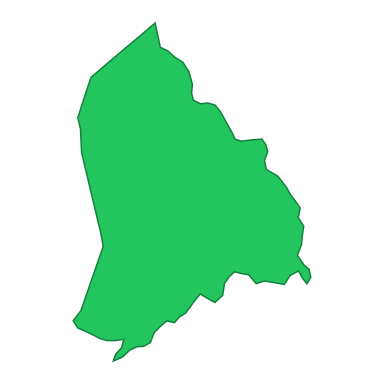 outline of Malhador, Sergipe, Brazil
{"feature_id": "56859067B70433157537378", "entity_name": "Malhador", "entity_type": "district", "adm_level": 2, "iso_a3": "BRA", "parent_name": "Brazil", "parent_adm1": "Sergipe", "projection": "robinson", "projection_center": [-37.277, -10.67], "detail": "fine", "context": "isolated", "style": "filled", "palette": "green", "viewbox_px": 384, "rotation_deg": 0, "n_neighbors": 0, "source": "geoboundaries", "source_scale": "gbopen_adm2", "svg_char_len": 1165}
<svg xmlns="http://www.w3.org/2000/svg" viewBox="0 0 384 384"><path d="M185.7,313.0L195.4,299.8L200.2,294.0L208.2,298.8L214.9,302.5L222.7,295.4L224.5,283.4L229.2,276.8L234.5,271.8L241.6,273.6L248.7,274.8L256.2,283.7L264.3,281.0L274.1,282.6L284.3,284.4L290.0,275.6L298.5,270.9L302.4,278.0L306.9,283.8L310.8,277.2L309.1,269.4L303.9,264.8L297.4,255.4L301.5,244.6L302.2,236.5L303.7,226.0L298.3,217.6L300.2,208.0L295.4,201.1L290.7,195.0L286.2,186.9L278.1,176.4L266.4,169.5L264.4,160.4L267.7,151.9L266.0,145.0L261.9,139.1L251.9,139.9L241.4,141.1L235.2,139.3L232.3,133.0L227.1,123.8L220.4,111.6L214.9,105.0L207.9,103.0L200.8,103.8L193.4,100.3L191.6,93.1L192.4,84.3L189.0,71.9L182.9,62.3L174.4,56.9L168.3,51.2L160.3,47.3L155.1,23.0L139.7,36.1L114.1,57.6L91.0,77.3L86.6,90.4L77.8,117.7L80.5,129.2L81.6,152.6L101.2,235.0L103.2,246.5L92.0,278.7L80.9,310.6L73.2,320.7L77.8,328.0L84.6,331.0L92.6,334.7L100.1,338.6L106.9,340.6L115.0,340.6L123.8,339.4L121.5,347.9L115.7,354.1L113.3,361.0L122.5,357.1L129.5,350.3L137.0,346.7L143.7,346.4L150.4,342.5L154.2,332.5L161.6,325.2L166.7,321.0L174.5,322.6L179.2,317.2L185.7,313.0Z" fill="#22c55e" stroke="#15803d" stroke-width="1.5"/></svg>